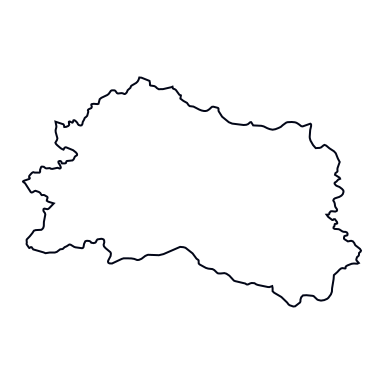 SVG path tracing the border of Orel
{"feature_id": "RUS-2366", "entity_name": "Orel", "entity_type": "Region", "adm_level": 1, "iso_a3": "RUS", "parent_name": "Russia", "parent_adm1": "", "projection": "natural_earth1", "projection_center": [36.297, 52.785], "detail": "fine", "context": "isolated", "style": "outline", "palette": "ink", "viewbox_px": 384, "rotation_deg": 0, "n_neighbors": 0, "source": "natural_earth", "source_scale": "10m", "svg_char_len": 5874}
<svg xmlns="http://www.w3.org/2000/svg" viewBox="0 0 384 384"><path d="M339.7,162.0L337.5,168.2L337.4,169.4L337.5,171.2L337.2,171.8L335.4,173.2L335.0,174.8L339.6,177.7L340.1,178.8L338.1,179.7L336.4,181.6L334.8,182.6L334.6,183.1L334.6,183.7L335.8,185.3L336.8,185.9L339.5,187.0L342.0,188.9L343.3,190.4L343.5,191.5L343.4,192.3L342.8,194.1L341.5,195.6L339.3,196.9L335.0,198.3L333.9,199.1L333.4,200.1L333.3,200.6L334.3,202.2L334.7,203.4L335.1,206.1L335.5,207.2L336.8,209.0L337.1,210.0L336.7,211.0L335.2,211.6L331.9,211.2L330.7,211.4L329.5,212.7L329.3,213.8L328.9,214.4L328.5,214.6L326.6,214.7L328.2,216.9L332.1,219.9L332.9,220.0L333.6,219.3L334.9,219.2L337.0,222.0L337.2,222.8L337.2,223.4L336.7,223.7L335.0,223.9L334.7,224.3L334.4,226.1L333.7,226.9L333.5,227.4L333.6,228.3L334.7,228.9L338.7,229.2L339.8,229.7L342.2,231.3L343.4,231.8L345.6,231.9L346.8,232.4L347.5,233.4L347.5,234.9L346.9,235.5L345.2,235.8L344.3,236.3L344.0,237.6L344.0,238.6L344.3,239.1L347.9,241.4L351.1,240.8L352.8,241.3L354.3,243.1L354.9,244.5L355.4,245.3L360.0,248.9L361.0,250.6L360.6,251.6L359.1,252.9L358.9,255.1L358.4,256.0L357.0,257.2L356.3,259.4L356.5,260.4L358.8,263.0L357.4,263.7L353.9,263.5L351.6,263.8L347.5,265.4L346.3,266.1L345.7,266.7L345.5,268.3L345.1,268.5L342.5,268.1L341.2,268.4L339.6,269.6L337.3,272.1L333.9,275.1L333.6,279.1L332.1,288.2L331.9,291.7L330.9,294.4L328.4,297.8L327.2,298.8L324.2,300.1L321.0,300.6L318.2,300.0L317.2,299.5L313.6,296.1L312.4,295.8L306.4,295.2L303.0,295.4L301.2,297.3L300.5,299.5L300.4,301.6L300.0,302.5L295.1,306.3L293.3,306.5L289.8,305.3L288.6,304.5L287.1,302.5L281.4,297.0L274.1,292.7L273.2,291.8L272.6,291.2L272.6,288.0L272.2,286.1L269.3,287.1L267.8,287.0L258.1,285.0L256.3,284.4L254.5,283.2L251.7,283.0L250.2,283.4L248.1,284.4L247.3,284.5L246.6,284.4L245.2,283.5L235.1,281.1L233.9,280.6L229.4,275.7L226.4,273.7L224.4,273.1L220.5,273.5L218.1,273.4L217.1,272.8L214.3,270.1L212.5,269.1L208.2,268.6L205.9,267.9L199.7,264.5L198.8,263.6L198.7,263.2L198.6,260.4L198.2,259.9L196.5,258.7L192.6,253.4L185.5,247.8L183.5,247.2L180.1,246.9L163.5,254.1L158.9,255.2L148.4,254.8L147.6,254.9L145.3,255.9L141.5,258.8L138.9,259.9L137.1,260.0L134.2,258.9L131.1,258.4L123.8,258.3L121.8,258.9L112.0,263.5L109.6,263.4L108.5,262.9L108.2,262.4L108.0,261.7L108.2,260.6L110.6,256.0L110.9,253.6L110.7,252.8L110.4,252.2L105.6,248.2L104.0,246.4L103.6,244.9L104.3,242.2L104.1,240.3L103.5,239.4L102.1,238.9L101.2,238.8L97.5,239.4L96.6,240.4L96.1,241.7L95.4,242.6L93.7,243.1L91.6,242.8L91.1,242.6L90.7,241.8L90.1,241.4L89.2,241.0L87.0,240.8L86.0,241.0L85.3,241.3L84.1,243.8L83.5,247.1L83.0,247.8L82.5,248.1L81.9,248.2L75.4,247.3L74.2,246.9L70.8,244.8L69.8,244.5L69.2,244.6L66.6,246.3L64.6,247.2L62.7,249.0L60.2,249.3L56.8,251.9L54.9,252.5L49.9,252.5L45.5,253.2L43.6,252.4L33.2,249.4L31.6,247.2L30.6,247.2L29.5,248.0L29.1,247.9L26.7,244.4L26.6,243.7L26.8,242.6L26.6,240.0L26.8,239.4L29.7,236.4L32.3,233.2L33.9,230.7L35.7,230.1L41.3,229.8L42.3,229.1L43.3,227.8L43.8,226.0L43.9,221.9L45.3,214.6L45.0,213.2L43.6,211.2L43.4,210.5L43.5,209.2L43.9,208.8L44.4,208.6L47.3,209.2L48.1,209.0L49.0,208.4L53.8,203.4L48.3,201.7L46.8,200.7L46.9,199.7L47.5,198.0L47.5,197.3L47.2,196.8L44.5,195.2L43.8,195.0L41.8,195.1L41.3,194.7L40.2,192.9L38.9,192.0L35.5,190.8L34.5,191.1L32.6,192.3L31.6,192.5L31.1,192.3L30.7,192.0L25.1,183.3L23.2,181.9L23.0,181.5L23.2,181.2L24.1,180.7L29.4,178.9L29.8,178.1L29.1,177.2L29.2,176.1L29.9,175.1L31.7,173.1L32.7,172.4L33.5,172.2L34.7,172.6L39.5,172.6L40.1,171.8L40.1,169.8L41.1,167.1L41.5,166.7L42.0,166.6L43.8,166.8L45.3,168.0L45.9,168.3L46.7,168.4L49.8,168.1L50.5,168.6L51.3,168.8L52.4,168.9L57.0,167.9L57.5,167.8L59.6,168.5L60.2,168.4L60.6,168.1L60.8,167.2L59.9,165.0L58.6,163.0L58.4,162.2L58.5,161.5L59.5,161.0L60.6,161.1L61.3,161.7L61.7,163.1L62.0,163.4L64.9,163.4L65.8,163.1L66.5,161.3L67.0,161.0L72.5,160.4L73.6,159.4L74.8,156.8L75.4,156.2L76.9,155.3L77.1,154.8L77.0,153.9L76.0,152.5L73.1,150.2L66.3,147.4L65.6,147.3L64.6,147.7L63.5,149.6L62.4,149.2L60.7,148.2L57.2,145.2L55.9,143.8L55.4,142.7L57.0,139.9L57.4,138.3L55.7,132.1L55.6,130.1L56.3,127.4L56.4,126.2L55.5,121.7L63.4,124.3L63.9,125.1L64.3,127.0L66.0,126.9L68.2,126.0L68.9,125.3L69.2,124.7L68.9,122.9L68.9,121.8L69.2,121.6L69.8,121.5L71.8,122.5L72.5,122.6L72.9,122.1L73.4,120.4L73.9,120.2L74.6,120.3L76.0,121.4L77.2,122.7L78.0,124.3L78.7,125.0L80.3,125.5L81.6,125.3L82.4,124.0L82.8,121.9L84.1,119.6L84.6,118.2L85.0,117.7L86.0,117.0L87.2,115.8L88.2,112.1L88.2,111.1L87.9,110.3L88.1,109.8L88.6,109.3L91.2,108.1L91.5,107.7L91.8,106.8L91.3,104.9L91.4,104.4L91.8,104.1L93.7,103.8L97.5,104.1L98.5,103.8L99.7,99.2L101.4,97.8L107.3,95.0L108.7,93.9L110.9,90.8L112.0,90.3L114.1,90.3L114.8,90.5L115.3,90.8L117.0,93.1L118.0,93.5L121.5,93.1L122.7,93.3L124.3,94.0L124.9,94.0L125.7,93.5L126.7,92.5L127.7,90.2L130.4,87.8L131.0,86.2L131.6,85.6L136.2,82.9L137.7,81.4L138.7,79.5L139.3,77.5L141.5,77.7L149.5,80.9L149.9,82.7L150.0,85.1L150.4,85.5L154.3,86.1L155.6,86.8L156.9,88.1L158.7,89.2L163.1,89.1L171.3,87.2L172.5,86.7L172.9,88.4L173.7,88.9L174.6,89.1L175.9,90.0L179.3,94.7L180.9,95.4L180.4,98.6L183.4,100.9L187.0,102.9L188.6,105.2L189.7,106.1L193.5,106.6L199.3,109.6L201.6,110.5L204.0,111.0L205.7,111.0L207.3,110.6L209.4,109.2L211.3,107.4L212.1,106.8L213.4,106.7L217.6,107.8L218.2,108.1L218.5,108.7L218.5,110.3L218.7,111.3L222.1,116.7L228.8,122.2L232.2,123.6L243.6,125.0L246.2,124.8L247.9,124.2L250.3,122.2L251.2,122.2L253.2,125.4L261.3,125.8L263.7,126.4L267.3,128.2L269.7,129.1L272.6,129.7L275.4,129.2L278.5,128.0L280.8,126.9L282.7,125.2L286.1,122.7L287.4,122.2L291.8,122.0L294.9,122.3L296.5,122.8L298.6,124.1L301.3,126.2L302.7,126.4L310.3,123.7L310.8,124.0L311.1,124.6L311.1,126.1L310.2,130.0L309.7,136.8L309.8,138.1L310.5,140.6L313.1,145.1L315.7,148.1L319.6,147.9L321.1,147.4L323.5,145.4L324.5,144.9L326.2,145.6L329.4,148.3L334.0,151.3L335.8,153.3L337.9,158.6L339.7,162.0Z" fill="none" stroke="#020617" stroke-width="2"/></svg>